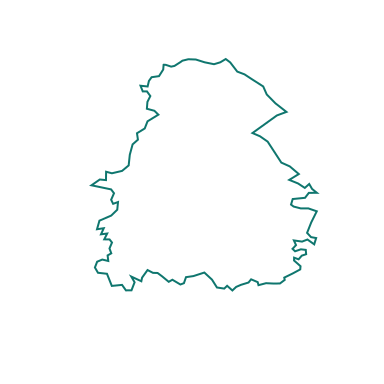 Guzar, Kashkadarya, Uzbekistan, rotated 149°
{"feature_id": "79887680B36641058684147", "entity_name": "Guzar", "entity_type": "district", "adm_level": 2, "iso_a3": "UZB", "parent_name": "Uzbekistan", "parent_adm1": "Kashkadarya", "projection": "natural_earth1", "projection_center": [66.156, 38.52], "detail": "fine", "context": "isolated", "style": "outline", "palette": "teal", "viewbox_px": 384, "rotation_deg": 149, "n_neighbors": 0, "source": "geoboundaries", "source_scale": "gbopen_adm2", "svg_char_len": 1898}
<svg xmlns="http://www.w3.org/2000/svg" viewBox="0 0 384 384"><g transform="rotate(149 192 192)"><path d="M94.6,288.6L101.0,288.6L107.3,290.2L114.3,296.6L120.5,303.6L126.8,307.7L132.6,309.5L134.9,309.3L142.1,309.1L145.3,310.2L149.0,314.5L150.7,315.7L150.8,315.7L153.6,311.8L160.6,308.3L167.5,311.2L171.7,309.4L175.7,305.3L181.4,309.6L182.4,303.6L178.8,301.4L178.3,295.7L183.8,292.2L187.8,286.6L182.4,281.0L181.0,275.6L193.7,275.5L199.8,270.8L208.9,270.7L211.4,264.7L218.4,263.4L226.1,256.0L232.6,247.4L241.1,246.1L251.0,249.3L255.2,253.6L259.6,246.5L264.6,250.2L274.7,249.5L260.0,235.9L259.5,231.1L265.3,227.0L265.7,222.5L260.6,221.5L265.2,215.3L273.4,213.4L286.1,215.1L292.6,209.0L286.3,206.4L291.8,202.6L286.1,200.1L291.6,196.6L287.1,193.8L286.6,189.9L291.8,186.1L292.8,181.0L297.0,181.1L299.3,176.0L303.7,180.3L309.2,181.1L314.1,177.3L314.2,171.2L307.0,165.7L309.1,152.8L299.8,148.4L299.3,141.7L294.5,138.9L287.7,144.2L287.6,150.8L281.4,141.6L278.9,144.3L270.3,148.0L267.1,142.8L263.2,140.3L261.1,135.2L258.2,127.0L254.0,126.9L249.6,118.7L245.9,118.0L241.0,122.1L234.1,119.2L222.9,116.6L220.0,106.6L219.8,97.3L214.1,92.6L210.2,93.5L208.1,86.8L203.0,87.9L197.8,87.2L190.2,85.3L186.3,86.7L182.1,80.9L183.0,77.9L175.5,75.7L168.9,71.3L163.7,68.3L157.8,68.9L157.0,71.1L147.6,70.3L139.1,69.9L137.2,72.5L139.8,80.7L138.3,83.1L135.3,79.4L130.7,80.9L126.2,79.9L124.3,83.8L128.2,86.8L134.2,88.1L135.1,91.5L130.2,92.9L129.6,98.0L123.2,92.8L117.5,91.8L114.2,84.2L109.3,88.6L113.2,92.0L114.4,97.7L105.5,104.5L95.0,111.2L100.7,118.0L107.3,122.0L112.4,127.2L113.6,130.2L109.3,134.1L98.1,128.8L92.3,131.1L85.4,127.0L87.5,132.8L87.4,138.5L93.2,137.4L96.7,144.7L102.4,152.3L91.2,152.4L95.0,163.6L100.3,171.2L101.2,196.2L105.0,204.7L109.8,211.4L79.8,213.9L69.8,212.0L74.8,225.0L77.7,237.1L76.6,245.8L82.6,257.9L86.4,265.8L91.2,271.9L92.5,283.4L94.6,288.6Z" fill="none" stroke="#0f766e" stroke-width="2"/></g></svg>